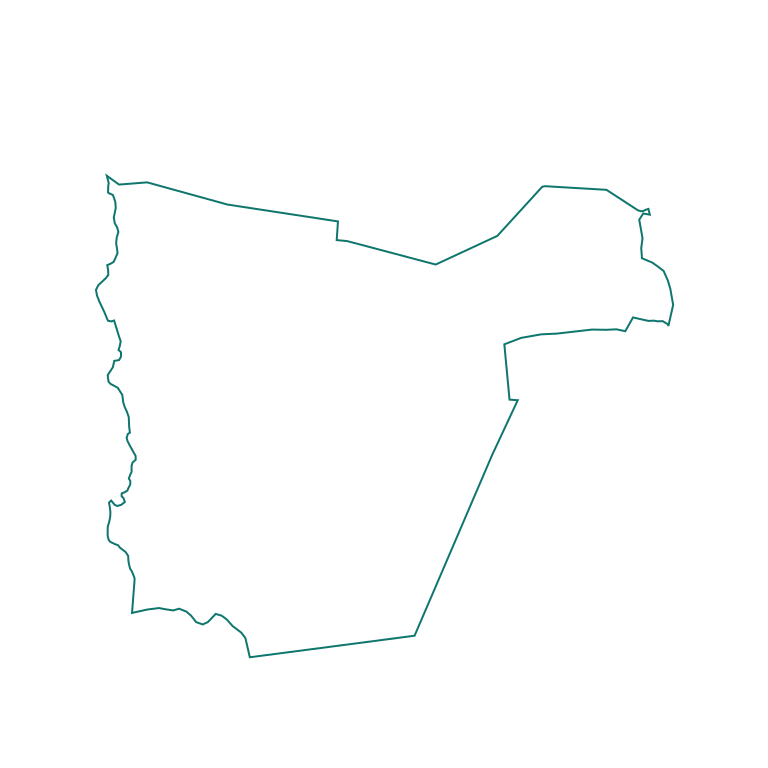 outline of Tampin, Negeri Sembilan, Malaysia, rotated 170°
{"feature_id": "92858781B76684976870525", "entity_name": "Tampin", "entity_type": "district", "adm_level": 2, "iso_a3": "MYS", "parent_name": "Malaysia", "parent_adm1": "Negeri Sembilan", "projection": "equal_earth", "projection_center": [102.507, 2.55], "detail": "fine", "context": "isolated", "style": "outline", "palette": "teal", "viewbox_px": 768, "rotation_deg": 170, "n_neighbors": 0, "source": "geoboundaries", "source_scale": "gbopen_adm2", "svg_char_len": 2274}
<svg xmlns="http://www.w3.org/2000/svg" viewBox="0 0 768 768"><g transform="rotate(170 384 384)"><path d="M289.7,295.5L255.1,344.8L263.1,346.8L258.6,402.2L241.0,405.6L232.0,405.6L220.5,405.6L204.9,403.6L169.8,401.5L155.8,398.8L145.7,397.5L137.2,394.1L127.2,406.3L112.6,400.2L107.1,399.5L103.6,398.2L98.6,397.5L94.0,393.4L93.9,391.7L85.5,411.7L85.5,418.4L85.5,427.9L86.5,436.6L89.0,446.8L94.0,452.2L98.6,456.9L108.1,463.0L107.1,473.1L104.1,482.6L104.1,493.4L104.1,501.5L99.1,506.9L92.8,504.6L93.2,510.5L95.7,510.2L97.1,509.8L98.7,509.3L101.0,509.5L102.1,510.2L103.5,510.7L131.2,536.6L190.9,550.8L193.9,550.8L246.6,510.2L312.3,492.7L315.9,494.3L395.6,531.2L405.6,533.9L401.1,552.1L507.0,587.9L582.2,623.7L610.3,626.4L620.8,637.2L620.2,629.5L621.2,626.9L622.5,620.5L621.2,619.2L618.3,617.4L617.6,614.4L617.0,609.7L617.6,604.0L618.9,600.6L621.2,595.0L621.2,588.9L619.6,584.6L619.2,579.8L621.8,574.6L623.4,569.0L623.4,564.3L623.7,559.1L625.7,556.1L628.9,551.3L632.1,550.0L635.9,549.1L635.9,544.4L636.6,539.2L639.5,536.6L644.6,533.2L648.1,531.0L651.3,526.7L651.3,521.1L650.1,515.0L648.0,507.4L646.9,503.3L644.9,494.3L641.7,493.0L638.8,493.4L637.9,486.5L636.9,478.3L635.9,471.8L637.5,467.5L639.5,463.6L637.5,461.0L638.2,456.7L640.7,453.6L642.7,453.6L645.6,453.6L648.1,447.6L654.6,440.7L654.9,434.2L653.3,431.6L649.4,428.6L646.8,426.4L643.6,418.6L644.0,411.3L643.3,406.1L642.0,401.3L641.1,395.7L642.4,386.2L642.7,380.2L644.9,379.3L646.8,375.8L646.5,372.4L645.2,368.1L644.0,364.6L642.4,359.9L641.1,356.4L641.7,352.5L645.2,350.4L646.8,347.3L647.8,341.3L649.7,338.7L651.7,335.2L650.7,332.6L651.3,329.2L654.2,325.3L655.2,323.6L658.7,322.3L661.3,321.8L661.9,319.2L660.3,316.6L659.7,312.8L663.9,310.6L668.0,310.2L670.3,311.9L672.9,316.6L675.4,314.9L675.4,310.6L675.7,305.4L676.7,300.7L678.6,295.9L680.9,291.2L681.8,286.4L682.5,282.5L682.2,278.2L680.9,276.0L676.7,273.0L673.8,271.3L672.5,268.7L667.7,263.5L665.8,259.2L666.4,254.4L666.4,250.1L666.1,246.2L664.8,243.2L663.5,237.1L663.5,235.0L671.9,202.3L656.0,203.0L644.4,202.4L638.9,200.3L630.9,197.6L624.8,198.3L618.3,194.3L614.3,189.5L610.3,182.1L604.3,178.7L598.8,180.1L589.7,186.8L584.2,184.1L579.7,179.4L575.2,172.0L567.7,163.9L564.6,157.8L563.6,138.2L397.6,130.8L289.7,295.5Z" fill="none" stroke="#0f766e" stroke-width="2"/></g></svg>